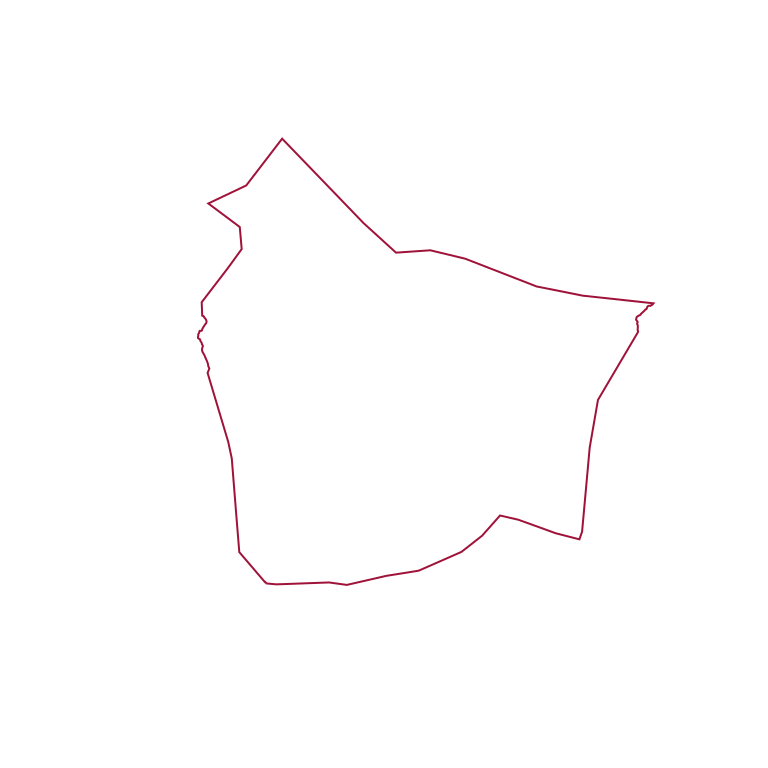 outline of Dariganga, Sühbaatar, Mongolia, rotated 38°
{"feature_id": "93677404B32631495823652", "entity_name": "Dariganga", "entity_type": "district", "adm_level": 2, "iso_a3": "MNG", "parent_name": "Mongolia", "parent_adm1": "Sühbaatar", "projection": "albers", "projection_center": [114.125, 45.442], "detail": "fine", "context": "isolated", "style": "outline", "palette": "rose", "viewbox_px": 768, "rotation_deg": 38, "n_neighbors": 0, "source": "geoboundaries", "source_scale": "gbopen_adm2", "svg_char_len": 1965}
<svg xmlns="http://www.w3.org/2000/svg" viewBox="0 0 768 768"><g transform="rotate(38 384 384)"><path d="M152.7,253.4L153.2,312.4L134.4,349.9L173.7,349.1L188.8,365.3L189.6,388.7L190.0,431.8L198.7,442.1L199.9,441.7L200.6,441.7L201.2,442.2L202.7,442.4L203.9,442.8L205.6,443.8L206.5,445.6L206.3,446.7L206.4,448.0L206.5,449.0L206.6,450.3L207.0,452.7L207.5,453.6L207.5,454.2L207.2,454.8L206.4,455.2L206.1,455.5L206.1,455.9L206.2,456.4L206.6,457.0L206.8,457.4L206.9,458.0L206.9,458.8L207.2,459.5L207.9,460.2L208.4,461.4L209.1,462.2L209.6,462.3L210.1,462.3L210.7,462.2L211.5,462.1L211.9,462.3L212.6,463.0L215.0,463.8L215.8,464.6L216.5,464.9L217.6,465.3L218.0,465.7L218.2,466.4L218.7,467.7L219.3,468.8L219.8,469.4L221.2,470.4L222.8,471.1L224.4,471.7L228.0,473.7L230.1,474.8L232.3,476.1L234.8,478.3L236.8,479.3L238.2,483.9L297.0,525.6L309.9,536.4L345.7,575.4L373.5,605.6L412.1,613.4L412.2,613.1L414.2,613.5L422.3,608.3L428.2,603.4L443.4,590.6L462.9,574.2L478.4,565.2L491.4,549.2L503.8,533.9L519.1,517.5L526.3,509.7L531.3,500.4L548.4,468.6L554.7,443.2L556.4,416.2L573.3,408.3L611.2,395.9L631.1,387.2L633.6,386.1L631.0,378.4L585.2,307.4L562.4,264.8L552.2,186.9L551.7,185.9L550.8,185.5L550.3,184.8L548.5,182.2L548.1,181.8L547.4,181.3L546.7,180.9L546.3,180.6L546.1,180.4L546.0,180.0L546.0,179.6L545.9,179.3L545.3,178.7L544.9,178.7L543.9,178.4L543.0,178.1L542.7,177.7L542.6,177.1L542.4,176.7L542.1,176.2L541.9,175.5L542.3,174.3L542.8,173.0L543.4,171.7L543.5,171.3L543.3,170.8L543.4,170.0L543.6,168.9L543.8,168.0L543.8,167.2L544.0,166.6L544.1,166.1L544.1,165.6L544.1,164.8L544.1,164.4L544.3,164.0L544.6,163.6L544.7,163.3L544.2,161.9L544.0,160.9L544.0,160.3L544.1,160.0L544.4,159.5L544.6,159.2L545.1,158.9L545.6,158.6L545.9,158.3L546.0,157.9L546.0,157.5L546.2,157.1L546.4,156.7L546.6,156.4L546.6,156.0L546.7,155.4L546.7,154.5L486.1,192.1L444.2,213.2L370.8,235.3L338.2,250.1L312.6,273.1L268.7,269.8L234.2,264.9L152.7,253.4Z" fill="none" stroke="#9f1239" stroke-width="2"/></g></svg>